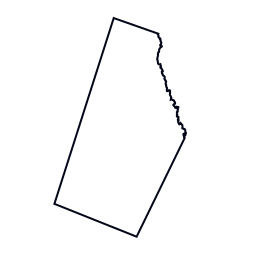 outline of Alberta, rotated 203°
{"feature_id": "CAN-632", "entity_name": "Alberta", "entity_type": "Province", "adm_level": 1, "iso_a3": "CAN", "parent_name": "Canada", "parent_adm1": "", "projection": "orthographic", "projection_center": [-116.491, 54.496], "detail": "fine", "context": "isolated", "style": "outline", "palette": "ink", "viewbox_px": 256, "rotation_deg": 203, "n_neighbors": 0, "source": "natural_earth", "source_scale": "10m", "svg_char_len": 5055}
<svg xmlns="http://www.w3.org/2000/svg" viewBox="0 0 256 256"><g transform="rotate(203 128 128)"><path d="M184.1,223.6L136.9,226.6L136.9,226.4L137.1,226.2L137.2,225.8L137.1,225.6L136.8,225.5L136.6,225.5L136.4,225.4L135.9,224.8L135.8,224.6L135.7,224.4L135.8,224.0L135.8,223.9L134.9,223.2L134.3,223.2L133.9,223.0L133.6,223.1L133.4,223.0L133.2,222.9L133.0,222.7L133.2,222.3L133.2,222.1L132.6,221.9L132.4,221.4L132.1,221.2L132.0,220.7L131.9,220.5L131.6,220.5L131.4,220.4L131.2,220.0L130.7,219.7L130.6,219.2L130.5,218.8L130.6,218.3L130.8,217.5L130.8,217.1L130.7,216.8L130.3,217.0L130.2,217.0L129.7,216.9L129.4,217.0L129.3,216.9L129.3,216.7L128.9,216.5L128.8,216.4L128.7,216.1L128.8,215.9L129.0,215.6L129.4,215.5L129.5,215.4L129.5,215.2L129.6,214.5L129.6,214.3L129.8,214.0L129.9,213.9L129.9,213.7L129.8,213.3L129.8,213.2L130.0,213.0L130.0,212.9L130.0,212.7L129.9,212.0L129.5,211.3L129.3,210.9L129.3,210.6L129.2,210.3L129.2,209.9L129.3,209.7L129.7,209.6L129.7,209.3L129.5,208.7L129.5,208.0L129.5,207.8L129.4,207.7L129.2,207.6L129.0,207.1L128.8,206.9L128.7,206.5L128.6,206.1L128.7,205.6L128.6,205.4L128.4,204.9L128.4,204.7L128.3,203.9L127.9,203.2L128.1,202.9L128.1,202.7L127.9,202.5L127.6,202.2L127.1,201.8L127.1,201.7L126.9,201.2L126.3,200.4L125.7,199.5L125.5,199.1L125.3,199.0L125.1,198.8L124.4,198.7L124.0,198.7L123.7,198.9L123.5,199.1L123.4,199.3L123.2,199.5L123.0,199.4L122.8,198.8L122.2,198.3L121.9,197.9L121.9,197.7L122.1,197.6L122.2,197.3L122.1,197.0L121.9,196.7L121.6,196.3L121.6,196.2L121.4,196.2L121.2,196.4L121.0,196.5L120.9,196.4L120.8,196.0L120.7,195.8L120.5,195.7L120.2,195.7L120.0,195.4L119.8,195.3L119.5,195.2L119.3,195.0L119.2,194.9L119.0,194.4L118.7,194.3L118.4,194.2L118.1,194.1L118.1,193.7L118.3,193.5L118.8,193.4L118.9,193.1L118.7,192.9L118.6,192.7L118.5,192.2L118.4,192.0L118.1,191.9L117.9,191.8L117.8,191.5L117.8,191.4L117.5,191.2L117.1,191.0L116.9,190.9L116.7,190.6L116.7,190.3L116.6,190.2L116.2,190.0L115.2,190.0L114.9,189.9L114.4,189.5L114.1,189.3L113.9,189.0L113.9,188.7L113.9,188.0L113.8,187.6L113.5,187.3L113.2,187.1L112.8,187.1L112.5,186.9L112.4,186.7L112.4,186.4L112.1,186.2L111.7,186.2L111.4,186.1L111.1,185.8L111.1,185.6L111.1,185.3L111.0,185.2L110.8,184.9L110.8,184.4L110.8,184.0L110.8,183.6L110.6,183.3L110.0,183.0L109.8,182.8L109.7,182.4L109.7,182.0L109.6,181.9L109.5,181.7L109.0,181.5L108.9,181.3L108.7,180.8L108.6,180.6L108.4,180.5L107.9,180.3L107.7,180.1L107.5,179.8L107.5,179.4L107.5,179.0L107.4,178.7L107.2,178.4L107.0,178.1L106.9,178.0L106.9,177.8L106.9,177.6L106.8,177.4L106.7,177.3L106.5,177.2L106.4,177.2L106.2,177.3L105.8,177.4L105.7,177.5L105.3,178.0L105.1,178.3L105.2,178.6L105.0,178.9L104.7,179.0L104.3,179.0L104.0,179.0L103.8,178.8L103.6,178.4L103.5,178.0L103.2,177.3L103.2,177.1L103.2,176.9L103.1,176.7L102.9,176.5L102.8,176.4L102.8,176.2L102.7,175.7L102.6,175.3L102.3,175.0L101.9,174.4L101.7,174.3L101.1,174.0L100.9,173.9L100.5,173.3L100.3,173.1L100.2,173.0L100.1,172.9L100.2,172.7L100.0,172.3L99.9,172.2L99.9,171.9L99.9,171.4L99.8,171.0L99.7,170.7L99.4,171.0L99.0,171.4L98.6,171.4L97.8,171.1L97.4,171.2L97.0,171.3L96.7,171.4L96.4,171.3L96.1,170.8L95.9,170.5L95.6,170.4L95.3,170.3L94.9,170.2L94.7,169.9L94.2,169.0L94.2,168.7L94.5,168.4L94.9,168.1L95.1,167.9L95.2,167.5L95.3,167.1L95.2,166.8L95.0,166.5L94.5,166.3L93.5,166.1L93.1,165.9L92.7,165.3L92.5,165.1L92.2,165.1L92.1,165.3L92.0,165.6L91.9,165.8L91.9,166.1L91.9,166.3L91.6,166.6L91.3,166.6L90.9,166.6L90.6,166.6L90.2,167.0L89.9,167.0L89.8,166.9L89.8,166.5L89.6,166.2L89.6,165.7L90.0,165.4L90.1,165.1L89.7,164.9L89.5,164.6L89.4,164.5L89.3,164.3L89.3,164.1L89.4,163.8L89.4,163.7L89.0,163.3L88.9,163.2L88.7,162.8L88.7,162.6L88.6,162.4L88.7,162.2L89.0,162.0L89.2,161.8L89.1,161.6L89.0,161.3L88.8,160.9L88.8,160.6L88.6,160.3L88.5,160.1L88.1,159.9L87.9,159.8L87.8,159.5L87.9,159.4L88.0,159.1L88.0,158.9L88.0,158.7L87.9,158.5L87.6,158.4L87.4,157.9L87.4,157.7L87.2,157.6L86.8,157.6L86.5,157.7L86.2,157.9L85.8,157.8L85.8,157.4L85.7,157.0L85.6,156.7L85.3,156.4L85.4,156.1L85.5,155.9L85.5,155.5L85.4,155.1L85.1,155.1L84.8,154.6L84.7,154.6L84.4,154.8L84.3,154.5L84.3,154.3L84.5,154.0L84.6,153.9L84.6,153.7L84.3,153.4L83.6,152.4L83.3,152.2L82.9,152.0L82.7,151.8L82.4,151.5L82.3,151.4L82.1,151.4L82.0,151.5L81.9,151.7L81.9,152.0L81.8,152.4L81.7,152.5L81.8,153.0L81.7,153.2L81.2,152.9L80.7,152.7L80.3,152.3L80.2,152.3L79.6,152.1L79.3,152.1L79.2,152.0L79.1,151.8L78.9,151.5L78.3,150.5L78.2,150.1L78.1,149.7L78.1,149.3L78.1,149.2L77.8,148.9L77.6,149.0L77.3,149.1L77.1,149.1L76.9,149.1L76.5,148.9L75.9,148.7L75.7,148.7L75.6,148.8L75.4,149.1L74.5,148.5L74.3,148.2L74.2,148.0L73.8,146.9L73.7,146.5L73.5,146.3L73.3,146.2L73.0,146.3L72.9,146.3L72.8,146.1L72.7,146.0L72.6,145.8L72.7,145.6L72.9,145.4L72.9,145.2L72.6,144.7L72.5,144.3L72.8,144.3L73.0,144.3L73.9,144.6L74.3,144.6L74.6,144.3L74.5,143.9L74.4,143.6L74.0,143.2L73.9,142.8L73.8,142.7L73.6,142.7L73.4,142.9L73.1,142.7L72.9,142.6L72.7,142.5L72.7,142.4L72.9,141.6L72.8,141.3L72.3,141.3L72.1,141.2L72.0,140.9L71.9,140.6L72.0,139.8L77.6,31.3L166.1,29.4L184.1,223.6Z" fill="none" stroke="#020617" stroke-width="2"/></g></svg>